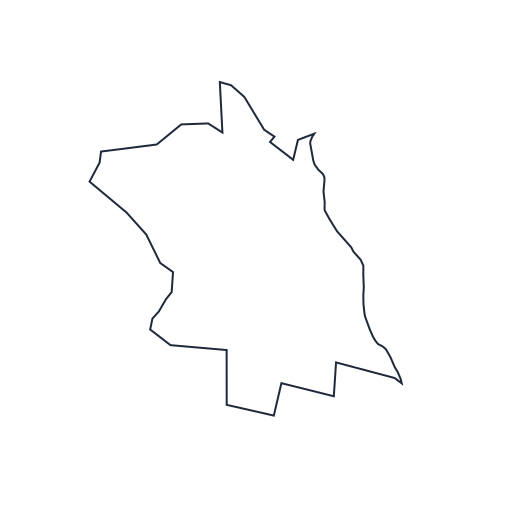 Mercer, New Jersey, United States of America (Albers equal-area conic projection), rotated 202°
{"feature_id": "52423323B46103575279257", "entity_name": "Mercer", "entity_type": "district", "adm_level": 2, "iso_a3": "USA", "parent_name": "United States of America", "parent_adm1": "New Jersey", "projection": "albers", "projection_center": [-74.749, 40.281], "detail": "fine", "context": "isolated", "style": "outline", "palette": "slate", "viewbox_px": 512, "rotation_deg": 202, "n_neighbors": 0, "source": "geoboundaries", "source_scale": "gbopen_adm2", "svg_char_len": 1035}
<svg xmlns="http://www.w3.org/2000/svg" viewBox="0 0 512 512"><g transform="rotate(202 256 256)"><path d="M73.2,192.5L75.8,196.2L81.0,201.3L86.0,205.2L93.4,212.5L100.6,218.2L104.6,219.6L110.0,220.1L113.8,222.3L117.4,225.1L122.5,230.0L132.3,240.8L135.1,245.5L138.4,251.8L141.6,259.3L144.3,267.3L149.4,278.6L152.8,287.2L157.5,291.7L167.4,296.6L170.9,299.7L190.0,309.2L201.2,317.4L209.0,323.7L209.8,324.6L212.5,331.7L217.3,340.5L217.5,340.8L220.5,350.7L221.5,353.5L222.5,355.1L224.4,356.8L224.6,357.0L230.6,359.4L236.1,362.9L238.8,366.2L247.9,380.6L248.6,382.9L248.5,387.7L247.8,391.2L260.6,379.4L257.6,359.1L285.7,367.0L283.6,373.6L295.7,376.1L326.4,399.1L343.1,405.0L354.7,403.7L333.4,357.9L350.0,361.0L374.6,350.0L389.8,322.2L438.8,294.8L436.0,284.0L438.2,262.6L392.3,247.8L365.8,234.8L342.1,213.6L326.9,210.0L320.7,191.0L323.3,182.1L325.3,168.1L328.6,159.2L326.6,148.2L301.9,141.3L248.0,157.8L227.4,107.0L179.7,114.7L184.8,147.6L131.3,155.1L141.9,187.3L81.7,194.8L73.2,192.5Z" fill="none" stroke="#1e293b" stroke-width="2"/></g></svg>